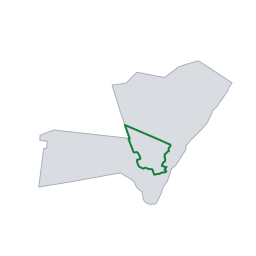 location of Amman within Jordan, rotated 203°
{"feature_id": "JOR-851", "entity_name": "Amman", "entity_type": "Province", "adm_level": 1, "iso_a3": "JOR", "parent_name": "Jordan", "parent_adm1": "", "projection": "robinson", "projection_center": [36.094, 31.647], "detail": "fine", "context": "in_parent", "style": "outline", "palette": "green", "viewbox_px": 256, "rotation_deg": 203, "n_neighbors": 0, "source": "natural_earth", "source_scale": "10m", "svg_char_len": 2441}
<svg xmlns="http://www.w3.org/2000/svg" viewBox="0 0 256 256"><g transform="rotate(203 128 128)"><path d="M80.3,66.0L84.2,66.9L86.4,68.9L90.1,74.6L95.8,76.2L98.1,77.8L101.3,80.8L105.1,81.9L117.3,83.8L127.0,77.5L135.2,72.1L144.5,66.1L150.8,61.9L161.5,54.9L168.6,50.4L177.9,44.6L187.1,38.8L189.7,48.2L192.3,57.5L195.0,67.0L197.6,76.3L194.9,77.2L197.1,84.3L200.6,83.2L204.4,82.4L206.1,86.9L200.9,92.0L195.6,97.0L194.4,97.6L187.4,99.6L173.3,103.8L163.8,106.7L151.7,110.3L141.7,113.3L131.7,116.3L122.4,119.0L127.7,124.9L135.8,133.7L141.2,139.7L147.6,147.3L153.4,154.1L159.4,161.3L155.2,163.8L148.3,167.8L147.5,168.5L147.0,169.3L144.1,176.5L141.9,182.2L141.1,182.9L131.3,185.0L121.5,187.1L115.3,188.4L113.4,189.9L109.3,196.9L105.2,204.2L98.2,210.2L90.4,216.8L88.5,217.2L82.8,216.2L73.2,214.5L64.0,212.8L57.6,211.6L49.9,210.3L51.0,204.7L50.7,201.7L52.6,191.8L53.7,187.1L54.2,183.6L56.9,176.6L56.6,174.3L57.1,166.3L56.9,164.7L58.1,160.3L60.4,153.9L62.6,148.4L63.4,146.0L65.7,140.8L67.7,134.4L66.7,130.9L66.3,130.2L67.2,126.1L68.2,119.6L68.7,116.0L69.9,111.3L72.1,107.3L71.1,98.0L71.2,92.9L72.6,87.2L71.9,80.5L72.5,70.9L72.6,70.0L73.4,68.8L74.0,68.2L78.4,66.2L80.3,66.0Z" fill="#d9dde1" stroke="#a8b0b8" stroke-width="1"/><path d="M123.8,118.6L122.5,119.1L127.2,124.2L131.9,129.4L131.9,129.5L93.4,129.4L82.5,129.1L82.1,128.8L82.0,128.3L82.1,127.5L82.2,126.9L82.5,126.0L82.6,125.6L82.5,125.1L82.3,124.2L81.4,122.7L81.8,122.3L82.0,122.1L82.3,121.8L82.4,121.6L83.0,119.6L83.3,119.2L83.8,118.4L83.9,118.2L83.8,117.9L83.5,117.6L83.3,117.4L83.3,117.0L83.4,116.7L83.4,116.3L83.2,115.8L81.7,114.1L81.4,113.4L81.1,112.3L81.1,111.9L81.1,111.5L81.3,111.2L81.9,110.4L82.1,110.0L82.2,109.6L82.1,106.5L81.9,106.3L81.6,106.3L81.2,106.5L80.6,106.6L78.8,106.6L77.5,107.0L77.5,106.2L77.6,105.7L78.1,104.4L78.0,104.1L77.8,103.8L77.0,103.7L76.5,103.6L76.1,103.4L75.9,103.1L75.8,102.7L76.0,102.2L76.6,101.7L78.7,100.6L79.6,100.0L81.2,98.0L81.7,97.6L83.1,97.2L83.6,96.8L84.8,95.7L85.8,95.4L86.7,96.5L87.5,97.3L88.7,98.8L89.4,99.3L89.9,99.4L90.6,99.0L91.0,98.9L91.6,98.9L93.4,98.3L95.7,98.3L96.4,98.2L96.9,97.9L97.6,97.1L98.0,96.7L98.8,96.5L102.6,96.8L103.3,97.2L104.1,97.8L106.1,100.1L107.1,101.4L107.2,102.1L106.9,102.6L105.9,103.3L105.1,103.9L104.8,104.3L104.7,104.7L105.0,105.2L105.9,106.3L107.6,107.8L109.1,108.9L110.0,109.2L110.6,109.2L112.3,108.1L112.9,108.0L113.6,108.1L123.7,118.6L123.8,118.6L123.8,118.6Z" fill="none" stroke="#15803d" stroke-width="2"/></g></svg>